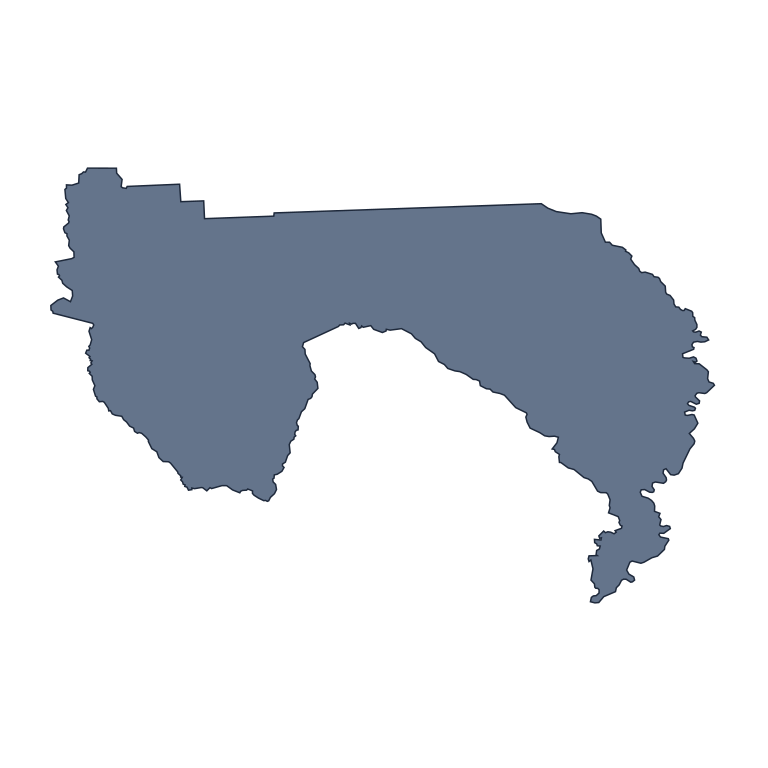 the district of Alta Floresta D'Oeste, Rondônia, Brazil, rotated 268°
{"feature_id": "56859067B53124283675112", "entity_name": "Alta Floresta D'Oeste", "entity_type": "district", "adm_level": 2, "iso_a3": "BRA", "parent_name": "Brazil", "parent_adm1": "Rondônia", "projection": "robinson", "projection_center": [-62.42, -12.473], "detail": "fine", "context": "isolated", "style": "filled", "palette": "slate", "viewbox_px": 768, "rotation_deg": 268, "n_neighbors": 0, "source": "geoboundaries", "source_scale": "gbopen_adm2", "svg_char_len": 6064}
<svg xmlns="http://www.w3.org/2000/svg" viewBox="0 0 768 768"><g transform="rotate(268 384 384)"><path d="M538.7,74.5L533.3,73.7L530.7,75.0L526.9,78.7L521.4,78.7L520.2,76.3L517.5,59.8L513.1,62.7L509.5,61.2L505.2,61.5L504.7,62.9L503.4,63.5L502.2,62.4L498.9,65.7L495.9,66.4L492.2,70.2L488.3,75.7L482.8,75.9L477.2,73.5L481.2,66.7L479.2,60.9L474.1,53.8L469.6,53.8L468.2,55.5L466.3,55.8L454.8,95.0L453.1,96.0L450.8,94.9L449.6,93.6L450.6,92.3L447.0,91.0L438.5,93.4L433.3,91.7L431.9,90.3L430.2,91.1L428.1,90.3L428.2,88.2L425.2,86.9L421.7,91.1L420.5,90.2L418.9,91.7L417.7,91.2L417.3,93.1L415.3,91.8L413.9,92.7L410.7,88.6L407.6,88.4L407.1,90.1L405.9,90.8L404.9,89.8L401.9,92.6L398.3,92.6L392.4,95.0L388.8,93.4L381.9,95.3L381.1,96.6L379.2,96.6L376.2,98.9L376.4,102.3L375.5,103.8L369.3,107.6L366.7,108.0L366.9,109.7L363.6,111.4L362.1,114.5L360.9,120.8L357.4,122.6L355.0,125.4L350.8,128.3L348.7,132.2L345.3,133.1L343.4,135.9L344.0,137.6L343.2,140.1L339.4,144.1L336.3,146.6L334.7,146.5L327.5,149.7L324.2,154.6L318.3,156.5L314.2,160.6L313.8,166.0L312.4,167.9L303.3,174.8L301.9,175.0L299.4,177.6L298.1,177.5L297.8,179.1L295.2,177.5L293.2,179.3L290.9,179.8L290.1,181.7L288.6,181.3L287.8,183.5L284.7,184.9L285.1,188.3L286.7,188.3L286.0,191.0L286.9,197.7L286.7,199.2L283.4,203.2L286.5,206.5L285.5,208.0L288.1,218.6L287.9,223.2L283.4,229.0L280.3,236.1L281.8,237.0L282.6,238.9L282.7,243.0L283.8,244.1L282.6,247.0L281.7,248.9L279.3,248.7L277.4,250.2L274.4,254.5L271.6,259.8L271.8,261.5L270.8,263.3L271.3,264.7L274.6,266.5L278.2,270.7L282.3,272.9L287.4,272.2L290.0,269.8L292.8,269.4L293.7,270.8L297.0,271.2L297.5,274.1L300.3,278.9L304.1,281.2L305.7,279.7L307.6,279.8L309.3,282.7L315.8,285.2L318.5,287.8L326.8,287.2L330.1,288.9L332.0,292.0L334.0,292.3L335.3,294.0L336.8,293.0L339.3,293.5L340.8,294.8L341.1,296.5L344.8,296.9L345.6,295.9L348.4,295.2L351.2,296.3L352.3,297.7L359.1,300.5L362.1,304.0L371.2,307.6L372.2,310.2L373.8,311.6L376.4,312.1L381.9,317.8L388.1,317.3L391.4,314.9L393.5,315.8L395.8,315.3L399.5,311.9L404.9,310.6L407.0,310.9L416.7,306.3L421.3,306.2L424.1,303.8L428.2,305.1L443.1,340.5L444.5,341.7L444.6,345.7L446.2,347.2L444.2,352.0L445.9,351.7L445.0,353.6L445.7,355.1L445.6,357.6L440.4,360.7L441.2,362.9L442.8,363.7L441.4,365.2L442.8,372.8L439.0,375.6L435.5,384.2L436.9,387.9L438.6,388.2L437.6,392.0L438.7,403.4L433.2,413.2L428.5,416.9L424.9,422.5L419.0,426.9L412.4,435.6L404.6,439.3L401.4,445.0L397.3,448.3L394.6,455.4L393.7,460.3L390.7,466.5L385.5,473.3L385.2,476.3L383.6,479.6L379.0,480.2L375.7,486.1L375.2,489.8L372.2,492.6L370.5,499.5L368.6,504.0L355.8,514.8L350.2,525.3L348.6,525.9L346.0,524.6L340.9,525.7L334.8,528.5L330.0,537.9L326.6,542.8L325.7,547.1L325.9,552.6L324.7,556.4L319.2,554.8L313.2,549.8L312.6,552.1L310.4,552.8L307.5,556.9L305.2,556.2L299.5,556.6L299.3,558.1L293.7,565.2L291.9,571.0L283.5,580.6L282.0,584.8L279.4,588.3L269.5,593.7L267.9,596.7L267.6,602.4L266.1,603.8L260.4,605.9L254.7,604.9L252.3,605.6L247.4,603.9L243.3,613.4L239.4,614.8L237.4,614.0L234.4,615.4L233.8,616.9L231.5,616.3L229.4,609.8L227.8,610.9L226.3,608.7L228.0,605.4L228.5,602.6L227.7,600.1L229.4,598.4L224.7,593.4L222.3,594.1L222.7,595.9L220.5,595.4L221.4,588.9L218.1,589.0L216.8,591.0L214.9,591.5L214.5,594.4L211.6,593.5L210.2,590.7L206.0,590.0L205.1,591.1L205.1,582.9L202.1,582.0L199.4,582.7L200.9,584.6L192.0,586.4L180.8,584.0L177.0,587.3L173.5,587.6L172.5,588.5L172.3,590.5L170.8,591.8L167.6,591.6L165.1,588.7L164.9,585.8L163.5,583.8L159.2,582.7L157.9,587.1L158.1,591.0L163.8,596.2L168.4,608.1L172.3,609.1L175.0,612.0L179.5,614.5L180.6,616.6L180.4,619.2L177.3,623.7L177.6,625.4L179.3,627.6L182.4,626.9L185.5,622.1L189.6,620.0L197.3,623.5L198.4,625.8L195.9,634.5L196.8,637.6L201.0,645.6L202.5,651.4L208.9,658.5L212.0,659.0L218.0,663.2L219.5,662.7L221.4,655.0L223.8,653.4L225.3,654.5L225.0,658.4L229.5,665.1L231.7,664.5L232.7,661.4L231.8,658.3L232.5,655.5L233.5,654.6L238.9,656.1L241.7,653.9L245.1,655.3L247.3,649.9L252.6,650.3L255.5,649.5L258.3,647.3L260.7,644.0L262.8,637.9L266.9,636.3L269.3,637.4L269.4,640.9L266.6,645.7L266.3,648.4L266.9,649.8L268.8,650.4L272.2,648.3L275.6,648.9L276.6,651.8L275.0,659.9L276.6,662.2L278.2,663.0L280.6,662.7L285.1,659.8L288.5,660.4L289.5,662.9L283.4,667.3L282.8,670.8L284.1,675.1L289.5,678.9L294.5,680.1L308.5,687.5L313.4,691.8L316.1,692.6L318.9,691.4L323.9,687.4L328.4,692.7L333.9,696.3L342.2,692.9L342.8,690.7L342.0,686.3L342.4,684.0L345.4,683.4L347.1,687.9L346.4,691.3L346.8,693.6L348.9,694.4L350.0,693.4L352.0,688.0L353.7,686.6L355.5,687.8L355.9,689.9L352.9,695.4L353.7,698.3L356.1,698.8L360.2,694.8L361.5,694.5L363.8,696.3L364.3,698.4L363.3,704.3L364.0,706.1L371.2,714.2L373.2,713.1L374.7,708.9L378.0,707.6L384.9,708.6L386.9,707.2L393.2,699.7L393.5,695.2L395.7,693.9L394.9,696.1L396.0,697.6L398.9,696.7L400.3,694.3L399.1,689.9L399.6,685.2L400.2,683.7L403.8,683.4L407.9,694.7L409.6,695.1L410.4,693.5L412.6,693.1L415.0,694.8L415.6,698.7L414.8,702.1L415.0,706.1L416.7,710.0L419.5,708.3L420.2,703.3L421.8,701.9L424.8,702.9L426.0,700.7L424.9,697.3L425.3,695.1L426.3,694.3L427.7,697.3L429.7,698.7L432.5,698.8L436.9,696.9L439.5,696.8L440.8,695.0L444.5,695.0L446.0,694.0L448.8,687.7L447.0,686.5L447.0,684.9L448.2,682.9L450.5,681.3L450.9,678.2L453.9,676.6L457.8,676.4L462.5,673.0L464.0,669.7L465.8,668.7L472.0,668.5L476.7,664.1L479.8,663.0L481.1,661.6L481.8,657.6L484.2,656.1L486.7,648.9L486.3,645.4L487.8,643.5L490.6,642.6L494.6,638.5L500.2,634.9L503.2,636.2L506.6,633.1L508.2,630.0L509.5,630.4L512.3,627.0L514.7,617.0L517.8,614.4L518.0,610.2L527.4,606.4L541.2,606.4L544.4,602.1L546.4,597.4L548.3,588.0L547.6,576.7L550.3,562.2L554.0,553.9L558.7,547.5L558.8,280.2L555.6,279.7L555.5,210.4L573.3,210.2L573.3,187.3L590.8,186.7L590.4,134.2L588.5,133.2L589.2,129.6L590.4,128.2L597.6,129.4L604.0,124.2L609.0,124.1L610.1,95.2L606.2,93.1L606.4,91.0L604.8,89.3L603.8,86.6L595.5,85.9L593.6,79.1L594.1,73.6L590.8,73.5L589.6,71.9L580.5,72.4L576.3,74.9L574.5,72.3L571.2,74.3L568.5,72.6L563.0,75.3L558.9,74.1L557.3,74.9L555.9,74.4L552.2,69.5L550.3,69.1L546.3,70.4L545.3,72.4L543.0,72.3L538.7,74.5Z" fill="#64748b" stroke="#1e293b" stroke-width="1.5"/></g></svg>